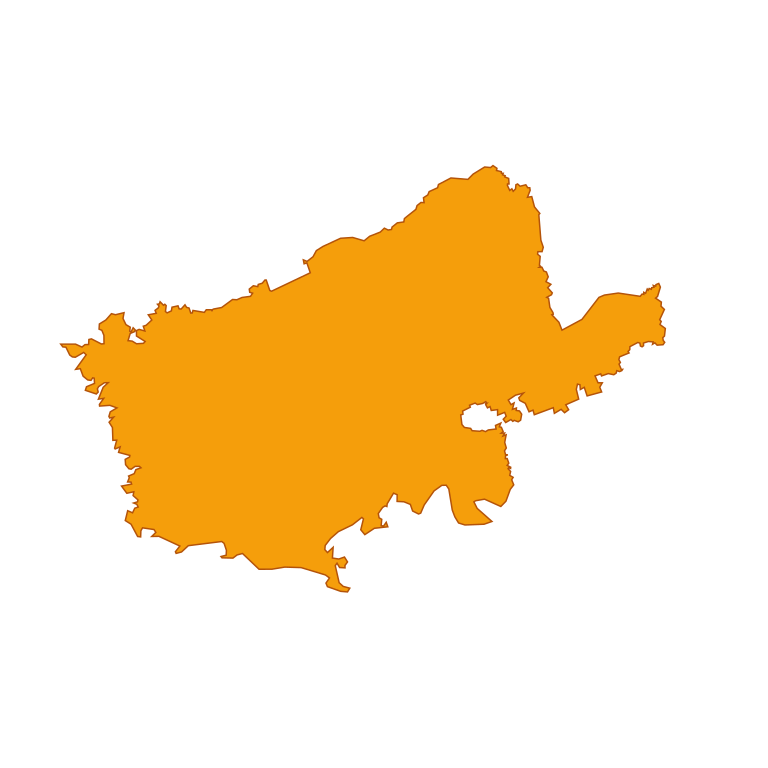 Habiganj, Sylhet, Bangladesh, rotated 246°
{"feature_id": "16705992B7772300815487", "entity_name": "Habiganj", "entity_type": "district", "adm_level": 2, "iso_a3": "BGD", "parent_name": "Bangladesh", "parent_adm1": "Sylhet", "projection": "natural_earth1", "projection_center": [91.398, 24.335], "detail": "fine", "context": "isolated", "style": "filled", "palette": "amber", "viewbox_px": 768, "rotation_deg": 246, "n_neighbors": 0, "source": "geoboundaries", "source_scale": "gbopen_adm2", "svg_char_len": 6166}
<svg xmlns="http://www.w3.org/2000/svg" viewBox="0 0 768 768"><g transform="rotate(246 384 384)"><path d="M310.2,656.8L312.9,657.5L313.7,659.7L320.3,663.6L326.1,660.3L328.4,662.7L330.6,662.0L338.1,670.5L342.4,668.7L346.0,670.7L352.0,667.0L352.7,669.5L360.1,675.9L364.1,675.9L364.2,672.9L362.9,672.0L364.5,670.1L362.6,670.0L363.1,667.7L361.8,666.7L363.4,665.1L362.2,663.5L363.7,663.1L360.5,659.9L362.1,658.6L360.2,657.8L361.2,656.4L359.9,653.7L371.8,635.0L375.6,621.5L375.7,615.6L362.5,591.1L360.8,568.5L369.3,568.9L379.0,565.5L378.9,567.0L380.5,567.4L386.5,566.7L395.3,569.2L397.0,567.9L397.4,573.3L398.8,574.8L405.4,572.7L407.2,577.0L411.6,573.6L415.1,577.6L420.3,577.9L422.3,575.9L426.3,575.8L427.5,573.3L427.8,574.9L429.3,574.3L437.1,578.6L440.1,577.1L442.3,578.4L440.6,582.2L444.1,585.1L451.6,585.8L475.7,594.3L476.4,595.7L484.6,593.5L495.1,595.2L496.2,591.0L501.5,596.3L504.0,597.0L504.9,595.1L508.3,594.6L509.3,588.8L512.4,587.4L512.4,585.6L508.7,583.5L507.5,580.4L510.3,580.2L509.7,577.6L515.2,577.5L516.5,578.2L515.9,579.6L521.1,581.5L524.1,578.5L525.0,579.4L526.9,577.4L528.0,578.6L528.8,577.0L530.3,577.5L533.3,573.6L535.1,574.9L539.2,572.4L538.4,569.4L541.3,564.2L539.5,550.8L536.8,543.9L545.0,528.9L544.1,514.9L541.5,512.8L541.4,503.5L538.9,500.9L538.1,495.8L533.4,494.4L534.8,491.6L533.6,486.8L530.6,484.2L526.9,470.0L524.0,468.0L525.8,461.7L524.1,455.2L522.1,453.7L523.0,450.4L526.2,447.7L524.3,442.4L524.8,431.0L522.9,424.1L530.6,415.0L534.8,403.6L534.5,384.3L533.4,376.5L529.1,370.9L527.3,363.6L530.2,360.8L526.3,359.9L526.0,362.8L515.6,361.9L514.5,319.0L515.9,317.7L526.9,318.7L527.4,317.5L525.6,313.8L526.1,309.6L524.3,308.3L526.9,304.6L525.5,299.5L522.4,298.6L520.4,300.9L518.4,297.7L520.8,289.5L520.8,283.9L522.8,280.0L519.9,266.8L521.8,258.8L521.7,257.0L520.3,256.8L522.1,256.3L524.1,251.8L522.5,249.0L528.9,239.4L526.9,237.7L527.4,236.3L532.7,236.8L534.3,234.8L537.3,234.4L535.0,229.2L536.0,227.4L539.2,227.6L540.4,221.6L537.3,219.5L537.2,214.8L539.1,213.8L544.2,216.9L546.0,216.2L545.6,214.6L550.2,212.9L548.6,211.4L549.0,209.5L546.7,210.2L545.3,208.7L544.4,204.8L541.2,204.7L543.1,196.8L536.9,197.9L534.4,190.6L534.7,187.6L529.7,187.1L533.5,182.5L533.5,179.6L528.5,177.4L520.0,183.1L519.0,180.8L521.4,174.3L525.6,171.4L527.7,167.8L533.4,172.7L533.3,177.6L534.7,178.7L537.4,177.7L534.5,174.2L535.7,173.2L539.1,175.3L543.2,172.4L550.0,172.2L554.9,175.5L556.5,166.9L559.1,163.6L555.6,155.9L554.6,148.4L550.0,146.0L547.8,148.1L542.3,147.9L534.7,144.6L535.5,142.1L544.2,135.1L544.7,132.5L540.2,130.2L541.6,126.9L540.6,123.1L545.9,118.4L551.9,104.9L548.5,105.7L547.0,108.4L538.3,108.7L535.5,110.3L534.0,112.9L535.0,122.5L531.8,123.8L522.8,108.3L521.5,112.8L513.5,112.3L508.2,115.0L506.5,117.8L508.1,120.4L507.2,121.6L502.3,119.8L502.5,111.1L499.7,108.6L491.9,117.1L492.9,119.6L496.2,120.2L497.7,122.3L498.9,129.0L497.4,132.6L495.2,126.1L486.3,116.9L484.9,122.1L481.1,115.7L479.5,115.2L476.0,124.9L470.8,130.3L469.9,122.6L466.3,119.5L464.5,119.6L463.7,123.5L460.9,117.3L454.7,118.2L442.8,113.4L441.4,117.0L435.0,111.8L434.0,112.0L433.9,117.4L429.5,113.7L422.1,122.8L420.8,121.9L420.4,116.9L415.4,115.1L410.3,116.5L409.0,118.4L410.0,123.1L408.2,127.1L406.3,127.9L406.7,122.5L403.7,119.3L403.8,113.2L402.0,113.2L398.8,109.9L397.3,113.0L395.2,112.7L397.5,102.7L388.8,104.6L387.3,111.6L384.1,109.4L378.2,112.1L376.6,110.9L377.1,106.9L374.6,109.3L371.6,109.4L371.9,105.8L368.6,101.9L372.5,98.3L364.5,92.1L358.8,95.9L344.9,96.9L343.3,99.5L348.8,102.2L350.8,104.9L344.6,114.7L341.2,115.2L339.2,109.8L336.4,116.4L319.0,131.6L315.6,125.2L313.8,125.2L312.9,130.7L315.9,139.5L306.1,171.7L303.5,173.1L296.2,172.4L291.8,170.2L292.7,164.9L291.1,165.3L286.4,175.2L287.6,180.3L286.7,185.8L265.6,194.5L260.4,206.3L257.1,218.9L250.0,233.6L233.4,252.8L229.0,255.3L225.7,250.0L221.9,249.9L212.2,260.1L208.9,266.1L211.4,269.7L215.7,264.4L220.7,262.2L237.9,265.6L239.4,268.2L234.4,268.8L231.9,273.6L234.1,274.5L236.3,278.3L242.0,277.5L242.5,271.5L246.0,266.1L255.5,271.1L253.0,263.8L256.8,262.6L260.4,264.6L264.6,272.3L267.7,282.3L268.2,297.9L271.1,309.5L269.2,310.4L260.3,303.5L254.2,305.2L256.1,316.5L252.0,329.4L256.8,329.8L254.4,325.8L255.8,323.8L261.3,326.9L263.8,325.1L268.0,326.1L271.8,332.5L272.2,335.4L270.9,336.8L273.3,338.2L280.4,348.3L277.5,351.0L271.4,348.2L268.3,354.3L263.3,359.1L256.3,358.5L251.2,362.7L251.1,365.0L257.2,371.6L266.0,386.3L267.9,395.6L266.2,399.7L261.7,400.5L241.1,395.1L233.8,394.7L226.7,395.6L222.3,400.6L215.2,418.4L214.5,426.7L232.5,418.5L239.8,418.2L240.1,420.2L237.9,429.0L224.6,440.9L227.3,447.7L236.4,456.5L239.1,461.5L244.6,461.7L246.2,464.0L249.4,461.7L252.6,464.1L256.2,462.9L256.8,463.9L255.4,465.3L256.4,465.9L259.6,463.4L260.9,465.8L265.8,466.2L266.5,464.5L269.1,465.9L268.9,468.3L270.1,466.3L273.9,466.9L275.8,469.7L281.5,470.5L287.9,474.9L288.1,471.6L290.1,474.3L291.4,471.1L292.1,473.5L296.7,473.6L298.0,471.9L300.8,474.8L300.8,469.0L297.3,468.1L299.6,460.6L299.2,457.4L301.8,454.7L301.8,452.4L305.5,445.5L308.2,445.1L311.6,439.8L315.3,438.7L324.5,441.5L324.3,443.9L327.3,444.8L327.7,453.4L329.8,453.5L329.5,459.5L327.2,461.0L326.1,466.2L326.5,469.8L325.0,470.0L324.4,468.2L324.3,469.7L323.7,468.5L320.1,468.8L320.2,471.7L316.2,471.2L314.4,477.3L309.3,475.1L309.0,482.7L304.9,482.5L303.3,478.6L299.3,479.5L299.9,485.5L297.5,486.5L297.8,488.2L294.9,491.2L295.4,494.1L300.4,497.5L304.3,496.8L306.1,494.0L308.2,495.2L308.6,491.0L313.8,495.1L313.5,491.6L318.8,491.0L320.3,499.6L319.0,507.7L316.5,501.5L313.8,501.3L308.9,505.2L299.6,505.2L299.5,509.5L294.8,508.8L293.5,529.0L287.9,527.7L288.8,535.5L284.3,537.3L285.4,542.2L291.1,541.6L291.0,555.7L300.9,557.5L305.2,560.7L303.6,562.7L299.1,561.1L299.5,565.6L290.5,564.7L288.2,579.6L293.3,579.8L296.3,583.9L298.1,580.0L305.6,580.1L305.1,586.1L302.9,586.0L302.3,593.1L299.0,597.7L299.5,600.5L301.5,602.1L299.5,604.3L299.5,606.7L300.3,607.9L300.7,606.7L306.6,606.8L307.5,608.7L310.8,608.5L313.0,610.3L312.7,620.5L314.5,620.2L315.4,622.5L318.1,623.8L318.7,632.7L317.3,634.4L314.4,633.7L313.0,634.9L313.4,636.7L315.9,637.7L315.3,642.8L313.0,647.0L311.1,645.5L311.4,648.2L308.4,649.3L306.4,654.9L307.9,657.4L310.2,656.8Z" fill="#f59e0b" stroke="#b45309" stroke-width="1.5"/></g></svg>